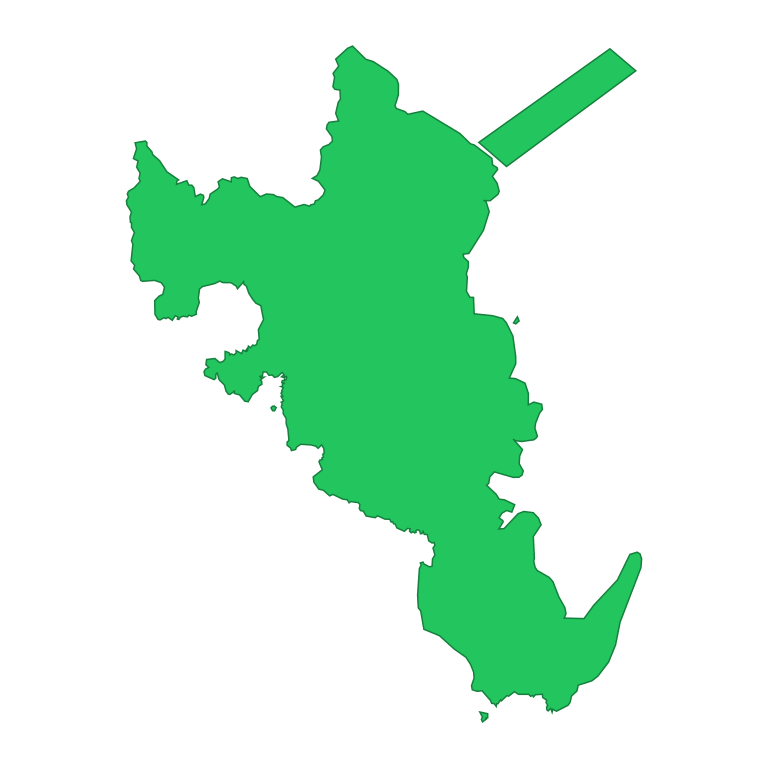 the district of Tailevu, Central, Fiji
{"feature_id": "14151628B48978228339800", "entity_name": "Tailevu", "entity_type": "district", "adm_level": 2, "iso_a3": "FJI", "parent_name": "Fiji", "parent_adm1": "Central", "projection": "mercator", "projection_center": [178.445, -17.83], "detail": "fine", "context": "isolated", "style": "filled", "palette": "green", "viewbox_px": 768, "rotation_deg": 0, "n_neighbors": 0, "source": "geoboundaries", "source_scale": "gbopen_adm2", "svg_char_len": 6117}
<svg xmlns="http://www.w3.org/2000/svg" viewBox="0 0 768 768"><path d="M127.3,194.0L128.5,197.1L126.4,200.8L126.9,204.7L131.4,212.0L130.0,216.9L130.4,222.3L131.5,222.8L131.5,227.5L134.4,232.4L131.5,240.6L132.9,244.3L131.1,260.9L134.7,265.3L133.5,269.0L139.4,275.8L140.7,280.4L142.5,281.3L154.5,280.4L161.2,282.6L164.5,287.1L162.8,294.4L159.1,296.1L154.7,300.6L155.0,314.3L158.0,319.4L160.1,319.9L163.9,317.7L166.1,318.6L168.0,317.3L172.3,320.3L175.2,315.8L178.1,317.0L177.3,319.0L178.8,319.5L180.5,317.2L183.2,316.2L187.4,316.9L188.9,315.2L191.6,316.2L196.4,314.2L196.1,311.8L199.3,302.5L198.3,298.0L199.6,288.9L202.6,286.5L214.6,283.6L219.8,281.1L222.7,282.6L231.1,282.7L236.4,286.3L237.5,288.8L243.6,281.7L243.9,284.2L246.4,286.1L248.9,293.4L252.8,299.5L256.0,303.3L260.8,305.6L263.5,319.6L258.4,329.6L259.2,339.2L257.4,340.7L256.7,344.3L254.7,345.7L252.8,345.0L250.6,347.8L248.4,346.1L247.5,350.7L246.7,351.1L246.6,349.4L245.4,351.2L243.1,350.1L241.6,353.6L236.1,350.6L236.2,352.9L234.0,354.9L231.0,353.9L229.8,355.0L229.0,352.6L225.1,351.4L225.1,359.0L223.4,361.2L219.8,362.6L214.9,358.5L206.6,359.5L205.9,364.7L208.8,367.4L205.4,369.2L204.0,371.9L204.9,375.5L214.0,379.6L215.7,378.4L215.9,374.2L217.2,373.1L219.2,379.8L224.4,385.0L226.0,391.0L228.2,394.1L230.0,394.4L234.3,391.2L234.3,393.4L239.6,394.9L244.8,401.2L248.2,401.7L252.3,394.5L257.5,390.6L258.3,386.4L261.9,384.2L261.7,381.3L260.3,380.0L264.0,377.2L260.7,377.6L259.9,376.4L262.5,375.8L263.0,372.0L266.4,371.9L269.0,375.3L272.3,375.0L274.4,377.4L277.7,376.5L282.1,372.5L284.1,374.7L281.5,376.8L283.5,377.4L285.1,376.0L284.1,377.7L286.3,376.4L286.8,377.4L285.9,379.8L284.5,379.0L284.4,380.5L282.3,380.6L281.8,382.5L285.0,383.5L282.4,383.5L282.6,386.1L280.9,386.5L283.2,387.6L281.6,391.0L282.4,391.8L281.0,393.2L282.8,396.2L281.0,396.3L283.6,400.9L281.2,402.2L282.2,403.3L281.3,407.0L283.2,409.8L283.2,413.7L286.2,418.5L286.2,423.8L287.9,429.2L288.9,440.4L287.1,442.2L287.1,445.2L290.5,448.0L291.4,450.6L295.6,449.5L296.5,447.1L300.7,444.3L310.9,444.9L315.8,446.2L318.1,448.3L321.7,444.9L323.8,448.5L324.2,453.3L322.8,454.2L323.3,457.2L321.9,457.9L322.1,459.7L319.8,460.1L319.0,461.9L322.3,469.8L313.2,476.9L313.9,482.2L318.8,489.2L323.3,490.2L329.7,495.9L332.9,494.4L342.4,499.0L347.3,499.8L349.1,502.8L350.8,501.6L358.2,502.6L359.9,504.4L359.3,508.5L360.5,510.6L363.3,511.1L366.1,516.0L375.2,517.7L377.5,515.8L384.8,519.1L389.7,519.3L391.2,522.1L392.7,521.8L393.5,523.7L395.2,524.1L396.9,527.9L404.4,531.3L407.6,528.4L410.2,528.8L409.5,531.1L411.2,532.8L413.3,531.6L414.5,532.9L416.1,532.4L415.9,530.6L417.6,529.7L419.6,530.7L420.5,533.8L422.0,533.6L423.1,531.4L424.3,534.4L427.3,534.5L428.7,540.8L432.0,543.0L434.1,542.5L434.9,545.3L433.0,548.0L434.9,554.9L432.5,559.0L432.1,566.3L429.3,566.8L424.0,564.0L423.0,562.1L420.3,562.9L421.2,565.2L419.4,568.5L417.6,595.1L418.3,607.9L420.7,610.9L423.9,629.3L439.5,635.7L454.3,649.1L466.0,657.3L470.7,664.7L473.6,672.1L474.1,678.1L471.5,685.8L472.3,689.8L477.1,691.3L482.1,690.8L490.5,700.5L491.6,703.3L494.3,703.7L496.2,706.4L496.7,703.8L498.0,703.7L500.5,700.0L501.3,700.9L507.0,695.6L508.6,696.2L514.4,691.7L518.4,694.3L528.7,694.3L530.6,696.3L532.7,695.4L533.4,696.9L535.5,694.7L542.4,694.3L542.7,697.5L546.6,700.1L546.1,702.7L547.7,705.2L546.6,707.0L546.9,709.9L548.2,710.9L550.7,708.4L552.1,712.2L552.8,709.3L556.5,711.2L568.0,705.3L570.0,702.5L571.6,695.9L576.9,691.1L578.2,685.2L591.9,680.8L597.8,676.2L608.5,662.2L615.5,645.1L620.1,622.1L640.9,567.8L641.6,558.8L640.0,553.9L637.2,552.2L629.9,554.4L617.4,580.0L593.7,605.3L584.0,618.6L564.3,618.1L566.0,613.7L564.9,607.7L558.9,597.0L552.9,581.6L549.2,577.4L537.2,570.5L535.1,567.3L533.7,561.2L534.4,558.6L533.3,536.6L541.1,524.8L538.5,518.2L533.3,512.7L523.8,511.5L518.1,513.7L504.1,528.6L498.8,529.0L503.1,522.1L502.9,520.6L499.1,517.9L501.9,513.2L506.6,510.5L511.8,512.1L514.7,504.7L504.4,499.8L499.2,499.2L496.1,494.2L486.6,485.3L488.7,483.4L489.8,477.0L494.3,471.9L513.3,477.4L519.0,477.2L522.0,475.1L523.3,471.1L519.2,463.7L519.7,456.0L522.5,449.6L513.1,439.0L514.8,440.5L521.7,441.5L533.9,439.8L536.3,437.9L537.4,436.3L534.9,428.1L535.6,423.1L539.5,413.2L542.4,409.5L541.7,404.2L533.8,402.1L528.3,404.9L528.4,393.5L525.0,383.1L515.5,378.6L509.3,378.1L515.7,363.9L515.7,356.5L512.9,336.1L506.3,322.7L502.7,318.5L492.5,315.7L474.2,313.8L473.5,297.4L469.9,297.3L466.5,291.4L467.3,277.1L466.3,273.8L468.4,267.0L468.3,261.6L463.7,257.4L463.3,254.1L468.8,253.5L483.4,230.4L489.2,211.7L486.2,202.0L484.6,200.6L490.2,200.7L498.0,194.3L499.2,191.3L497.1,183.2L492.4,176.3L497.6,169.5L497.1,167.6L492.6,164.9L491.9,158.4L474.3,145.0L470.4,143.8L459.9,133.5L422.8,111.1L407.9,114.3L404.9,111.6L396.4,108.5L395.0,105.7L398.4,94.9L398.5,84.4L396.9,79.5L388.3,71.4L373.4,61.7L365.7,59.2L352.5,46.1L347.6,48.3L335.7,59.1L338.7,66.1L333.1,73.3L334.6,77.4L332.9,86.7L334.9,89.3L340.0,90.1L340.4,99.1L338.2,102.4L335.7,113.3L338.6,121.0L329.0,122.3L327.1,125.0L326.4,128.9L331.9,136.6L332.4,141.2L328.9,144.5L323.2,146.8L320.4,150.0L321.5,157.0L319.9,169.9L317.1,175.5L312.3,178.4L318.5,181.3L325.1,190.1L323.3,194.9L318.4,199.8L315.4,200.8L314.4,204.0L310.7,204.8L309.8,206.2L304.0,204.5L294.9,207.1L282.8,197.6L276.5,196.5L273.5,194.6L266.4,194.0L260.2,196.7L249.8,186.4L247.2,178.5L241.1,177.3L237.7,178.5L234.3,176.9L231.4,177.7L231.2,181.8L222.4,178.8L218.1,181.8L219.4,186.8L218.1,188.7L210.1,194.2L209.2,198.5L205.4,203.8L201.7,204.7L203.8,197.7L203.4,195.4L200.4,194.1L195.3,196.6L193.8,187.6L191.8,185.2L188.7,185.1L186.8,180.7L176.5,184.3L177.0,180.7L178.6,179.9L166.8,171.7L159.6,160.7L152.7,154.6L151.8,151.7L146.9,146.1L146.9,142.5L145.4,141.0L135.1,142.8L136.6,148.8L133.4,158.6L138.0,160.9L136.7,167.3L140.1,173.0L139.0,178.5L140.3,181.3L134.1,187.9L128.5,191.3L127.3,194.0ZM635.8,70.8L609.9,48.8L478.8,142.4L506.5,166.5L635.8,70.8ZM482.5,721.9L486.4,719.0L485.9,718.0L487.7,717.8L487.7,713.7L479.8,712.0L482.4,717.0L481.4,719.5L482.5,721.9ZM515.8,323.9L519.1,320.9L517.4,316.8L513.5,322.9L515.8,323.9ZM274.6,410.8L276.2,407.6L274.2,406.0L272.4,406.3L271.0,407.9L272.6,410.7L274.6,410.8Z" fill="#22c55e" stroke="#15803d" stroke-width="1.5"/></svg>